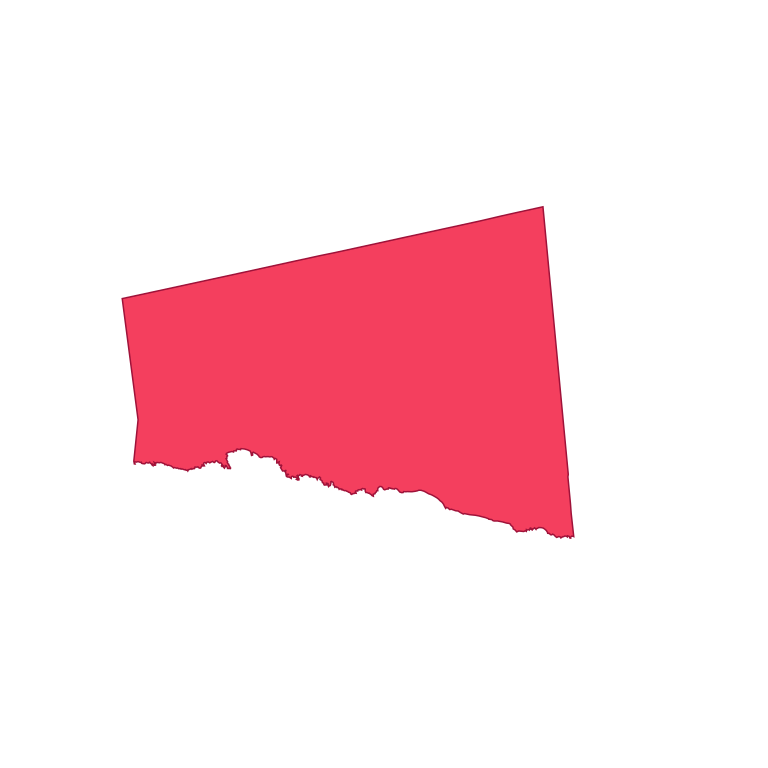 Salega, Satupa'itea, Samoa (Equal Earth projection), rotated 317°
{"feature_id": "51752279B51702151911429", "entity_name": "Salega", "entity_type": "district", "adm_level": 2, "iso_a3": "WSM", "parent_name": "Samoa", "parent_adm1": "Satupa'itea", "projection": "equal_earth", "projection_center": [-172.669, -13.632], "detail": "fine", "context": "isolated", "style": "filled", "palette": "rose", "viewbox_px": 768, "rotation_deg": 317, "n_neighbors": 0, "source": "geoboundaries", "source_scale": "gbopen_adm2", "svg_char_len": 5331}
<svg xmlns="http://www.w3.org/2000/svg" viewBox="0 0 768 768"><g transform="rotate(317 384 384)"><path d="M250.8,143.0L179.7,242.5L148.4,269.8L146.9,272.2L147.4,272.7L148.0,270.8L148.5,270.7L149.6,272.2L151.2,273.0L152.5,275.4L153.1,275.6L152.7,276.8L153.3,277.8L154.6,279.2L156.6,279.2L157.6,281.0L159.3,281.4L159.0,282.3L159.4,283.4L159.1,284.9L159.3,286.1L160.2,285.1L160.6,286.8L161.4,287.4L162.5,284.6L163.0,286.4L163.4,286.0L164.5,286.6L166.1,288.5L167.4,289.2L169.1,292.8L168.7,293.6L169.8,294.2L170.1,295.9L171.1,296.4L172.4,298.8L172.8,300.8L172.8,301.9L173.7,302.1L175.0,304.2L175.8,304.7L176.1,306.0L177.6,307.2L177.5,307.9L178.4,308.4L179.6,310.7L180.4,311.2L180.4,312.2L181.4,312.8L181.2,313.8L182.6,313.3L183.9,314.1L185.3,314.3L185.3,315.3L186.9,315.7L187.2,316.4L187.9,316.6L189.0,315.8L190.7,317.4L191.4,317.6L191.4,318.9L192.0,320.1L192.7,320.4L193.4,320.0L194.7,319.9L195.7,319.1L196.0,319.5L195.9,320.6L196.8,321.4L197.5,319.4L198.1,318.9L199.1,319.0L199.8,319.7L199.7,320.8L201.2,320.4L202.3,321.2L202.8,322.9L203.7,323.0L205.8,323.7L206.2,325.6L206.7,325.9L208.4,325.5L209.4,326.1L209.4,327.8L209.8,329.7L210.9,330.3L210.8,332.2L209.3,333.0L209.3,333.7L210.7,333.6L210.7,334.5L210.0,334.6L209.9,336.7L211.6,336.2L212.4,335.4L212.9,336.2L212.3,338.9L212.0,339.1L214.0,341.1L214.5,340.8L214.4,339.9L214.9,339.4L215.2,337.3L215.7,336.9L215.5,336.1L215.8,334.6L216.6,334.3L217.6,330.9L218.3,331.2L219.6,329.9L220.6,329.9L220.9,328.9L220.6,327.8L221.4,327.3L223.7,327.9L226.8,329.7L227.6,331.1L228.4,330.5L229.9,331.4L230.1,332.1L230.8,332.0L231.5,331.2L232.3,331.4L232.9,332.5L233.5,332.9L234.3,334.2L235.3,333.7L237.6,336.3L239.2,338.9L240.4,341.7L239.9,343.3L238.4,345.9L239.4,346.4L240.3,345.5L240.6,344.5L241.9,344.7L243.3,348.7L243.4,351.0L243.1,352.3L243.7,353.8L244.8,354.6L245.9,354.7L247.1,355.5L247.5,356.2L249.7,358.0L250.9,359.6L251.8,360.0L252.6,361.0L252.9,363.2L252.4,364.2L253.6,364.1L254.2,365.9L251.7,368.6L252.1,369.0L253.2,369.0L254.3,369.4L253.0,370.3L252.2,371.9L252.4,372.9L253.5,373.0L253.6,373.8L252.0,374.6L251.3,374.6L250.5,378.4L251.8,379.6L253.2,380.2L253.1,380.6L251.8,380.5L251.7,381.7L250.6,383.4L251.2,384.2L252.3,384.4L252.3,384.9L250.5,384.4L249.8,384.5L249.7,385.4L250.3,386.6L251.2,387.4L251.8,389.8L253.2,388.6L254.2,389.1L254.7,390.0L254.4,390.6L255.5,391.4L256.3,393.3L256.1,394.5L255.0,394.1L255.3,395.2L256.3,396.1L257.2,395.4L257.2,394.6L258.0,393.4L257.3,393.2L257.8,391.7L258.6,391.8L258.8,392.6L260.0,393.1L260.8,392.9L261.4,394.4L260.8,395.0L261.3,395.7L261.7,394.8L262.9,395.9L264.8,396.5L266.1,398.2L266.6,400.0L266.2,401.1L266.7,401.7L267.7,401.1L268.2,402.9L268.8,403.3L268.8,404.1L269.4,404.2L269.9,405.5L270.7,406.4L270.0,408.3L271.2,407.8L273.5,408.0L273.5,409.5L272.3,409.9L272.1,410.3L272.7,412.3L271.7,414.2L272.3,415.4L271.6,416.2L271.4,417.2L273.4,418.8L273.6,417.8L274.2,417.2L275.1,418.5L275.0,419.3L274.1,419.7L273.5,421.2L274.4,421.1L275.5,421.6L277.5,420.4L278.5,419.2L279.0,419.3L279.7,421.1L279.4,422.1L278.1,423.1L278.5,424.1L277.6,426.0L278.9,426.4L279.0,427.7L279.6,427.9L279.8,429.2L279.4,430.4L280.1,430.4L280.9,431.3L280.7,432.1L281.2,432.9L281.6,432.6L282.2,434.9L283.4,436.0L283.5,436.7L284.1,437.9L284.3,438.9L285.2,440.6L284.7,441.7L285.1,442.8L285.9,442.7L287.6,443.8L288.1,443.7L289.1,444.9L290.0,443.0L290.6,443.1L291.8,444.3L292.2,443.8L293.2,443.9L293.5,444.5L294.6,444.9L295.3,446.3L296.0,445.5L297.2,445.9L297.7,447.1L298.4,447.4L298.6,448.1L297.3,449.4L296.7,451.0L297.5,451.7L298.3,453.5L298.9,454.0L298.8,454.9L299.2,456.2L299.1,457.3L299.7,458.8L300.9,457.3L302.6,458.1L303.4,457.6L304.7,457.7L305.8,457.1L306.7,457.8L307.8,456.4L309.0,455.9L311.1,456.1L312.2,457.4L312.3,459.2L311.9,460.8L312.4,461.9L314.4,462.7L315.4,463.7L316.4,463.0L317.1,463.5L317.3,464.5L317.9,464.7L318.4,466.2L318.8,466.2L319.9,468.0L320.8,467.9L321.7,469.0L322.0,470.2L321.9,473.9L322.8,475.5L323.9,476.4L325.0,476.1L326.5,477.7L327.7,478.6L330.9,481.8L333.6,483.7L335.6,484.9L337.0,485.4L338.6,487.0L340.1,489.6L340.7,491.2L341.8,494.8L343.1,497.2L343.8,499.1L345.0,503.0L345.4,505.3L345.4,507.4L345.8,510.0L345.6,512.2L344.7,515.2L344.3,517.0L345.4,516.8L346.3,518.4L346.4,520.6L347.9,521.6L349.0,523.7L349.9,525.5L351.6,527.5L352.2,530.0L353.3,533.2L354.5,533.7L357.6,538.1L361.3,542.3L363.5,545.3L365.9,549.1L367.1,550.9L368.6,553.9L368.4,554.3L370.3,556.6L370.5,558.3L371.2,559.4L373.6,561.6L376.7,565.8L378.7,569.2L380.4,571.3L380.9,572.7L380.5,573.3L380.7,576.6L379.7,578.1L380.3,580.1L380.2,582.7L382.3,583.4L385.6,587.2L387.2,587.7L387.6,588.8L388.9,587.5L389.5,588.7L390.7,589.3L390.7,589.9L392.7,589.1L393.1,589.5L392.4,590.6L392.9,591.8L393.7,591.2L394.2,591.8L395.0,591.8L396.1,591.9L396.0,594.0L396.8,593.7L398.0,594.3L399.1,594.4L399.9,595.1L401.3,596.6L402.2,598.0L402.6,599.8L402.8,601.8L402.4,604.0L401.9,604.8L403.0,606.1L403.0,607.8L403.8,608.7L404.9,608.8L405.4,610.1L405.4,612.4L405.7,614.0L407.9,614.8L408.7,616.4L408.4,617.2L410.7,617.6L411.1,618.1L412.6,618.5L413.5,619.7L413.8,620.9L414.7,620.2L415.5,621.8L414.9,623.4L415.4,624.0L415.8,623.4L417.3,623.2L418.3,624.1L418.7,625.0L432.8,606.1L438.6,598.9L455.2,577.3L457.1,575.8L621.1,362.8L598.3,349.3L585.2,341.6L565.0,330.0L500.4,291.6L437.5,254.3L424.6,246.4L401.9,232.9L358.2,207.0L280.6,160.8L250.8,143.0Z" fill="#f43f5e" stroke="#9f1239" stroke-width="1.5"/></g></svg>